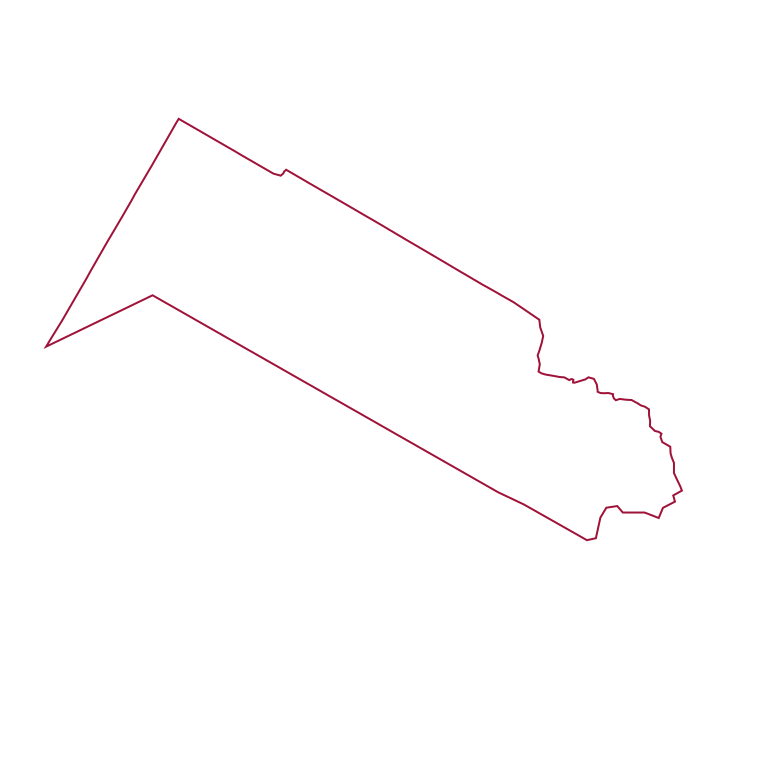 outline of Dolores, Colorado, United States of America, rotated 30°
{"feature_id": "52423323B89613253232033", "entity_name": "Dolores", "entity_type": "district", "adm_level": 2, "iso_a3": "USA", "parent_name": "United States of America", "parent_adm1": "Colorado", "projection": "mercator", "projection_center": [-108.387, 37.69], "detail": "fine", "context": "isolated", "style": "outline", "palette": "rose", "viewbox_px": 768, "rotation_deg": 30, "n_neighbors": 0, "source": "geoboundaries", "source_scale": "gbopen_adm2", "svg_char_len": 1622}
<svg xmlns="http://www.w3.org/2000/svg" viewBox="0 0 768 768"><g transform="rotate(30 384 384)"><path d="M72.7,520.6L139.2,422.9L537.0,420.7L565.2,418.4L637.8,417.8L644.6,411.6L638.2,391.5L638.4,380.0L647.0,373.1L655.1,375.9L674.0,365.0L688.9,362.7L687.5,351.8L694.8,340.4L690.2,335.9L695.3,327.4L691.9,324.6L685.7,320.4L679.6,316.1L674.6,307.4L670.0,303.8L666.8,300.7L663.3,295.2L654.1,295.2L649.8,291.5L649.1,288.3L645.8,288.1L642.1,289.2L635.4,287.6L632.9,282.8L629.2,278.6L626.2,273.5L621.4,273.2L617.2,274.1L613.0,273.9L606.4,274.1L601.7,276.5L595.6,279.1L592.9,282.1L590.5,281.6L588.2,279.9L587.5,278.3L582.9,279.6L578.8,282.2L575.9,283.6L572.9,283.9L572.0,282.5L568.5,278.0L563.2,274.6L557.7,276.0L556.1,279.3L551.7,284.0L548.4,287.6L547.0,288.2L546.4,287.3L546.1,285.8L545.0,285.6L543.6,286.2L542.5,288.0L536.9,288.1L532.4,290.2L526.5,292.3L519.3,295.0L515.2,296.0L511.7,296.0L511.1,294.5L509.0,288.9L507.2,287.0L505.0,284.5L502.8,282.5L501.7,276.6L500.0,269.4L497.8,262.7L491.0,256.9L486.4,250.7L455.5,248.4L442.5,248.5L429.6,248.5L420.0,248.7L393.6,248.5L364.1,248.2L331.1,248.0L296.7,247.6L280.7,247.6L254.8,247.5L234.1,247.5L218.4,247.5L200.7,247.4L192.1,247.4L191.3,250.1L191.5,251.9L190.4,255.2L183.1,257.1L168.5,257.1L161.4,257.1L155.6,257.1L154.2,257.1L152.1,257.1L149.2,257.1L146.1,257.1L137.7,257.0L131.6,257.0L117.6,257.0L110.4,257.0L103.2,257.0L91.6,257.0L79.4,257.0L73.6,257.0L73.5,262.5L73.6,283.0L73.6,287.2L73.7,311.0L73.4,344.4L73.6,350.9L73.6,368.9L73.6,370.2L73.3,400.2L73.4,428.3L73.4,432.4L73.6,441.4L73.5,490.2L72.9,510.6L72.7,520.6Z" fill="none" stroke="#9f1239" stroke-width="2"/></g></svg>